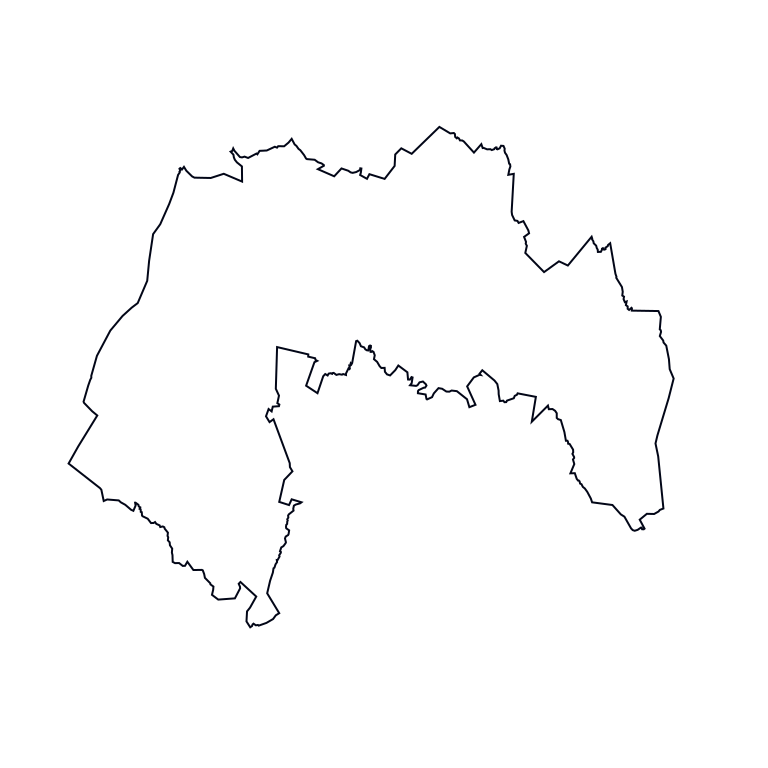 Santa María del Río, San Luis Potosí, Mexico (Equal Earth projection), rotated 10°
{"feature_id": "50627088B88756295240555", "entity_name": "Santa María del Río", "entity_type": "district", "adm_level": 2, "iso_a3": "MEX", "parent_name": "Mexico", "parent_adm1": "San Luis Potosí", "projection": "equal_earth", "projection_center": [-100.523, 21.735], "detail": "fine", "context": "isolated", "style": "outline", "palette": "ink", "viewbox_px": 768, "rotation_deg": 10, "n_neighbors": 0, "source": "geoboundaries", "source_scale": "gbopen_adm2", "svg_char_len": 6155}
<svg xmlns="http://www.w3.org/2000/svg" viewBox="0 0 768 768"><g transform="rotate(10 384 384)"><path d="M87.2,517.1L122.3,535.8L124.0,537.2L128.3,547.9L131.4,545.8L143.0,544.7L145.3,546.2L150.2,547.9L156.8,551.8L159.2,552.4L160.5,546.8L159.5,544.1L159.9,544.0L163.1,545.6L163.8,547.2L165.4,547.8L165.0,549.4L166.1,549.7L166.7,552.2L167.7,552.3L168.5,555.4L169.1,556.1L174.7,557.7L178.7,561.4L181.2,560.9L182.5,559.7L184.1,561.3L187.6,562.2L188.5,563.7L190.9,562.7L192.5,563.2L193.2,564.6L197.0,567.9L197.2,571.2L198.1,572.4L198.3,575.5L200.4,577.1L201.2,580.0L204.0,582.9L204.4,586.9L205.4,589.2L206.8,595.9L209.3,596.7L213.3,595.9L217.4,598.1L219.6,597.6L221.2,593.2L228.6,600.3L236.9,598.7L237.9,599.0L239.9,602.4L241.3,606.0L247.5,610.4L247.9,611.5L251.2,613.1L251.5,616.4L251.2,621.5L258.2,625.1L274.4,621.0L277.8,610.2L277.3,608.5L275.6,606.0L277.0,603.9L295.1,615.5L290.9,627.5L288.6,631.7L289.8,641.7L294.5,646.8L296.1,645.2L296.3,643.7L297.1,642.7L299.7,643.9L301.7,643.2L302.6,643.7L309.7,639.7L315.6,634.7L317.6,630.6L320.6,627.9L305.3,610.4L306.0,597.6L307.3,589.0L307.2,584.7L308.0,583.9L308.5,580.4L309.6,578.0L309.0,576.0L309.7,576.0L311.1,572.1L310.5,570.9L311.7,568.1L311.6,567.3L310.6,566.8L311.2,562.8L313.1,561.1L314.7,557.9L314.9,556.9L313.3,553.3L313.7,551.3L315.8,549.4L316.1,548.3L316.0,544.6L312.8,543.1L312.3,541.8L312.2,539.7L312.9,538.6L312.6,536.2L312.9,535.2L312.2,534.0L313.0,532.2L312.4,530.2L312.9,528.9L316.9,524.4L316.3,522.7L316.4,519.4L318.1,518.0L322.1,516.1L323.3,514.8L313.1,513.6L311.5,519.7L301.3,518.3L302.4,495.8L309.0,485.9L305.8,482.2L304.9,478.3L281.3,437.9L277.9,441.4L273.4,436.3L274.7,428.7L278.1,430.5L278.4,425.6L284.4,424.1L284.5,422.4L282.3,421.4L282.6,413.7L278.3,407.5L272.3,366.2L304.3,368.0L304.6,370.2L311.7,370.6L312.4,372.2L314.2,372.8L311.7,374.6L307.6,399.2L320.1,404.6L322.8,386.9L324.4,384.4L327.0,385.4L327.7,383.4L329.4,382.7L331.1,383.0L331.2,382.3L332.5,381.8L335.5,383.3L338.1,382.1L341.0,382.1L342.0,381.3L345.0,381.7L344.7,380.4L346.0,375.9L346.3,376.4L346.2,375.2L346.5,374.7L347.4,375.3L347.7,374.8L346.7,372.1L347.3,372.2L347.6,369.5L348.5,370.4L349.0,368.9L349.1,346.6L350.2,346.0L352.9,348.0L354.7,350.8L358.1,351.4L359.6,353.1L361.3,353.8L362.7,353.7L362.7,349.3L363.6,348.5L364.5,348.7L364.8,350.5L364.3,351.7L365.2,354.7L366.3,354.5L366.8,353.7L368.1,354.2L369.9,357.3L369.8,361.3L373.4,363.4L376.6,367.2L378.6,368.7L381.8,368.0L382.8,371.8L385.3,374.0L388.5,374.5L392.7,368.4L394.9,363.3L405.0,368.4L406.9,375.4L408.7,375.2L409.9,372.4L411.0,372.6L411.1,378.4L409.9,380.7L415.9,380.3L417.2,379.4L418.7,376.2L421.9,374.8L425.3,377.0L426.1,378.2L425.1,380.4L423.7,380.8L419.2,384.0L418.7,385.1L419.0,387.2L426.8,387.1L428.4,391.3L429.1,391.7L433.6,388.6L434.7,384.6L438.4,378.6L442.1,378.6L446.7,380.6L449.7,380.2L451.7,378.7L457.0,378.4L468.4,384.6L472.1,392.0L477.7,388.6L466.3,371.9L471.3,361.9L476.6,358.3L477.6,358.3L476.3,357.3L478.4,353.4L492.2,361.4L495.6,364.4L498.0,370.6L498.7,374.1L501.1,380.7L504.4,379.7L505.8,381.0L507.5,380.6L508.0,379.0L514.3,375.5L514.8,373.0L516.8,371.5L517.2,370.0L535.8,370.3L536.1,395.5L549.2,376.8L550.7,380.2L554.3,379.4L557.2,380.7L559.2,382.8L560.0,387.4L561.5,388.4L564.4,388.8L570.0,400.0L573.0,408.3L574.5,408.0L575.4,409.3L575.7,410.8L577.3,410.9L581.6,415.8L582.2,418.4L581.7,420.1L583.9,422.9L584.1,423.8L583.2,425.5L585.3,429.8L583.1,439.6L587.4,438.7L590.3,444.0L591.9,445.4L592.5,445.2L593.5,445.9L594.4,448.0L595.9,448.4L597.7,450.8L599.9,452.0L602.9,454.9L607.6,460.9L609.5,464.4L630.0,463.5L639.9,471.3L643.8,472.9L652.4,483.3L654.3,484.7L656.4,485.0L659.1,483.6L662.1,480.7L662.6,480.7L663.4,482.2L665.0,482.0L665.7,481.2L659.4,473.2L665.4,466.2L672.6,465.1L676.5,461.9L677.5,460.1L680.8,458.1L666.6,407.7L661.7,395.4L662.2,387.1L666.8,348.5L668.3,328.3L662.8,319.8L660.3,310.1L655.3,297.2L652.1,294.6L651.4,292.7L647.3,288.9L647.8,284.6L647.2,283.0L646.1,282.3L645.0,269.8L641.6,264.5L615.3,268.7L615.0,266.4L614.5,266.0L612.5,268.5L610.9,267.6L610.5,265.3L608.5,264.3L608.6,260.6L607.0,261.6L605.2,258.8L605.2,256.3L603.3,255.5L603.1,251.7L601.5,247.2L594.3,239.1L594.3,238.0L592.8,235.3L582.3,206.1L580.5,208.2L580.4,209.4L578.4,211.3L578.8,212.6L578.3,213.1L577.4,213.5L576.0,212.2L575.2,212.9L575.3,214.1L574.6,216.2L571.7,216.8L571.1,214.5L570.0,213.3L568.9,210.9L566.1,209.0L565.4,207.1L563.8,205.4L563.8,204.6L562.9,202.9L544.5,235.4L535.0,232.8L522.2,246.0L500.4,230.4L500.7,223.1L499.2,221.2L499.2,219.4L496.4,214.8L500.7,210.4L499.5,207.7L493.0,199.4L488.6,202.0L487.1,200.2L484.3,200.2L480.8,195.3L479.8,192.2L475.3,154.5L470.1,156.4L470.2,150.8L470.7,147.9L470.0,145.7L469.0,145.3L467.4,141.2L465.0,137.2L463.0,135.2L462.1,133.2L462.0,131.3L460.3,128.8L457.9,129.0L457.0,131.8L455.0,133.2L454.4,133.1L453.8,131.5L453.2,131.5L452.0,132.7L451.8,133.6L449.5,134.9L448.0,134.3L444.8,135.0L441.1,134.2L440.2,134.5L438.2,130.9L432.4,140.5L420.5,131.3L418.8,130.6L416.5,130.9L415.2,129.2L413.5,128.5L413.0,129.4L411.2,128.3L410.4,125.5L409.2,124.7L405.7,125.7L393.9,121.2L371.3,152.5L360.1,148.9L355.2,156.0L356.6,167.4L349.0,181.9L333.2,179.9L331.6,184.9L324.2,182.3L324.5,180.0L324.3,175.7L323.2,175.7L323.2,177.4L319.8,180.1L316.5,181.5L314.4,181.4L311.8,180.2L304.7,179.1L298.9,188.1L281.6,183.9L286.9,179.5L286.7,178.8L284.2,177.6L280.6,177.1L276.8,175.2L269.1,175.9L268.1,175.5L265.6,172.5L261.0,168.3L259.0,167.3L256.4,164.7L254.4,163.6L250.5,158.6L248.1,162.8L244.4,167.2L238.5,168.2L237.6,169.8L235.3,169.3L228.0,174.4L221.0,176.0L219.4,179.8L218.4,179.2L210.9,185.0L207.2,184.3L204.8,185.5L202.7,185.5L196.2,180.3L194.6,178.2L194.1,180.8L192.6,181.8L195.9,184.3L196.8,186.9L198.2,189.1L200.7,191.3L206.3,194.4L209.1,209.3L189.7,204.8L177.6,211.2L161.5,213.7L159.0,212.9L152.3,208.3L149.3,204.9L147.9,207.7L145.9,206.7L145.2,207.5L145.6,208.2L146.0,207.8L146.4,209.1L145.7,210.5L146.1,211.2L144.9,213.8L143.4,232.2L141.2,244.0L135.9,265.5L130.6,276.5L131.3,303.5L132.9,323.5L127.4,347.1L122.3,352.6L114.7,362.4L105.2,378.9L96.4,406.1L94.3,426.8L94.7,428.7L94.0,430.8L93.0,436.9L91.2,453.6L91.9,454.7L101.3,461.5L107.1,464.8L93.7,498.6L87.2,517.1Z" fill="none" stroke="#020617" stroke-width="2"/></g></svg>